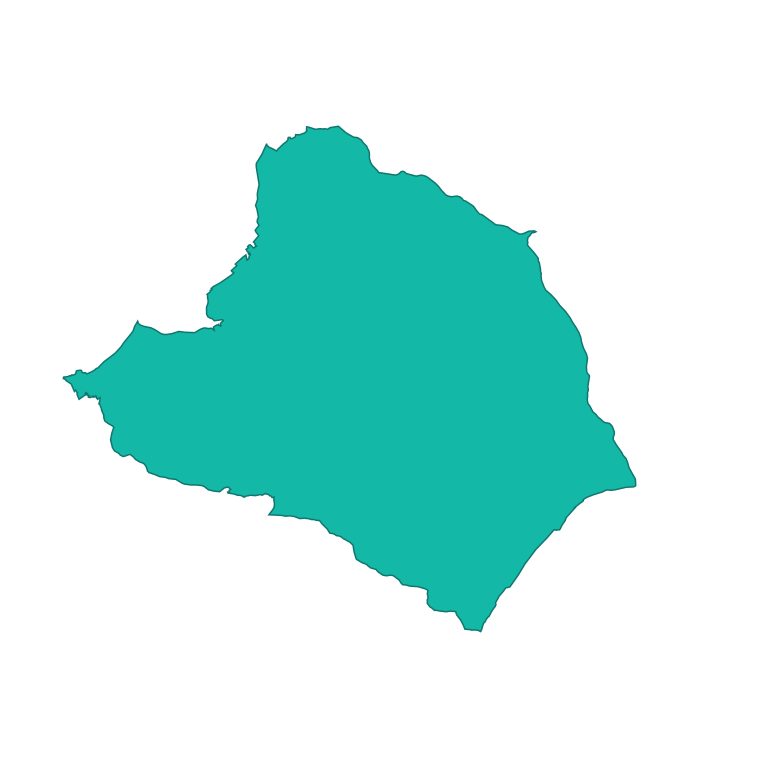 the district of Bustuchin, Gorj, Romania, rotated 306°
{"feature_id": "2599482B71517510314542", "entity_name": "Bustuchin", "entity_type": "district", "adm_level": 2, "iso_a3": "ROU", "parent_name": "Romania", "parent_adm1": "Gorj", "projection": "robinson", "projection_center": [23.713, 44.971], "detail": "fine", "context": "isolated", "style": "filled", "palette": "teal", "viewbox_px": 768, "rotation_deg": 306, "n_neighbors": 0, "source": "geoboundaries", "source_scale": "gbopen_adm2", "svg_char_len": 6171}
<svg xmlns="http://www.w3.org/2000/svg" viewBox="0 0 768 768"><g transform="rotate(306 384 384)"><path d="M596.5,417.4L596.3,415.7L592.8,411.4L588.0,408.6L585.9,406.9L584.9,405.4L583.7,396.8L583.8,392.0L582.0,387.0L578.5,380.8L578.6,363.7L577.8,361.9L577.7,360.9L578.6,357.2L580.4,351.9L580.0,342.7L579.2,340.4L580.0,337.8L580.0,335.4L578.9,332.5L575.0,328.4L573.9,325.8L573.3,323.2L574.4,316.9L575.9,311.7L576.6,307.7L576.9,298.3L576.6,295.6L575.5,292.5L574.7,291.2L571.1,287.9L567.4,278.5L567.6,275.4L567.2,274.3L566.0,273.1L562.3,272.4L559.8,270.6L551.9,255.3L552.5,254.2L554.1,245.7L555.3,243.1L557.9,239.6L562.3,236.4L564.1,234.1L564.8,232.3L566.2,230.2L567.1,224.7L568.1,222.4L567.8,217.9L565.8,214.2L564.9,205.6L565.7,195.6L559.7,189.7L556.9,188.6L555.6,185.9L554.2,184.5L553.2,182.5L549.7,178.8L547.6,172.3L546.6,170.3L543.9,172.0L543.3,172.8L540.6,172.3L535.8,169.1L533.9,166.0L531.6,167.0L527.9,164.9L527.6,164.2L528.3,163.1L527.3,161.7L526.2,161.9L525.3,162.8L522.3,162.5L519.0,161.5L512.0,160.2L509.3,160.1L508.9,156.0L508.0,151.9L508.2,149.4L508.4,148.5L509.0,148.3L508.9,148.0L497.6,150.3L487.9,151.0L486.6,151.5L484.4,153.2L472.0,165.7L463.4,169.7L459.1,173.2L452.9,175.2L450.9,178.3L445.2,184.4L442.7,184.9L440.4,186.2L438.9,189.6L432.7,189.4L431.7,191.1L430.4,195.5L422.2,194.9L421.8,197.1L420.9,197.7L420.6,199.8L419.7,199.2L417.5,198.8L418.0,193.9L417.1,193.2L415.1,192.9L414.6,194.1L411.8,193.3L411.7,194.1L410.7,195.5L411.1,197.4L409.9,197.4L409.5,198.3L410.7,199.2L409.8,199.9L408.3,199.7L406.2,200.9L403.8,200.4L407.2,196.4L403.8,195.3L393.6,193.2L393.2,195.4L386.0,193.8L385.5,195.2L385.8,196.3L385.6,197.2L381.7,196.3L369.2,191.9L362.6,188.7L359.9,188.1L360.0,188.7L359.3,189.4L357.6,188.3L356.6,189.4L352.5,188.1L352.3,188.9L349.3,191.2L348.7,192.3L345.9,194.1L341.6,195.4L336.3,199.4L334.9,201.9L335.2,205.1L335.9,206.4L335.4,209.6L340.8,215.1L341.1,216.4L341.0,216.7L336.9,216.0L335.6,216.7L335.2,217.2L335.6,217.8L335.0,217.9L334.6,217.7L334.7,216.6L334.2,215.6L334.6,215.0L334.1,215.0L333.5,214.1L330.4,212.7L329.7,212.6L327.7,215.0L327.7,211.7L325.4,209.0L324.6,207.0L323.3,205.2L320.2,203.2L314.4,200.8L309.1,193.0L305.9,187.1L299.9,182.7L296.1,178.8L294.8,176.9L293.7,174.2L293.3,166.9L292.5,162.5L289.3,155.4L288.5,152.5L288.6,149.7L290.0,147.8L283.7,148.5L279.6,149.8L278.0,149.9L263.7,149.2L259.6,149.4L250.8,148.4L237.6,144.4L228.8,143.1L227.4,142.1L225.5,141.8L221.8,140.2L217.6,137.7L217.6,135.7L216.0,133.9L216.2,132.6L217.0,131.4L216.9,130.5L214.2,127.6L213.0,127.6L211.2,128.6L210.2,128.3L208.4,127.3L207.9,126.1L206.8,126.1L206.0,125.0L203.9,123.6L201.2,120.7L199.9,121.4L200.4,122.2L199.9,125.2L200.1,131.1L196.0,137.9L197.9,138.2L196.7,140.5L196.7,141.2L195.2,141.7L192.4,146.3L199.5,148.7L200.1,148.1L200.8,148.4L201.5,147.8L202.0,148.0L201.6,149.0L201.9,149.7L200.4,149.9L201.1,151.5L200.0,152.2L200.7,152.7L199.7,152.8L199.7,153.3L200.8,154.6L203.0,155.5L203.3,156.0L202.5,156.5L203.7,157.9L205.0,157.8L204.7,159.1L203.5,159.9L203.6,160.8L203.3,161.3L206.0,162.3L203.8,163.8L202.0,164.3L201.6,164.9L200.4,164.9L200.0,166.8L198.3,169.4L196.8,171.0L194.1,175.5L191.6,177.6L190.0,180.0L189.9,184.1L190.5,188.9L190.2,190.8L184.3,192.7L178.1,195.6L173.2,201.4L171.9,204.0L171.5,205.4L172.0,209.9L171.5,212.4L171.9,215.3L172.8,216.4L177.1,219.3L177.8,220.1L177.8,221.2L177.7,224.1L176.9,227.1L177.4,232.7L178.1,234.5L178.4,237.0L177.4,240.0L175.9,242.4L174.7,243.5L174.2,245.9L176.4,253.1L177.1,256.7L180.0,262.0L180.9,265.4L184.5,271.7L185.1,278.9L185.7,281.3L189.0,287.4L192.4,292.1L194.9,296.6L195.4,298.9L195.2,304.2L197.4,309.4L200.2,314.3L206.1,315.9L209.1,318.4L208.7,321.9L206.9,321.2L205.9,322.3L205.1,321.9L204.7,321.1L204.1,321.9L206.9,327.4L207.8,330.6L209.4,333.2L210.0,334.8L209.9,336.0L210.4,336.4L210.2,337.4L212.7,338.6L213.9,340.0L215.3,341.0L218.2,345.7L221.4,348.5L222.1,349.5L222.4,350.8L225.6,352.3L225.7,353.3L226.7,355.1L226.4,357.3L227.0,358.5L226.3,360.3L227.9,361.4L225.2,363.2L223.1,365.5L219.9,367.5L217.0,367.9L210.5,367.7L217.5,378.3L219.2,382.1L221.9,385.1L224.2,389.6L225.6,394.9L228.5,398.4L230.8,402.3L231.8,405.2L233.0,406.7L234.1,409.7L235.5,411.8L235.3,413.7L234.6,415.3L233.3,423.4L231.5,427.7L233.2,431.3L233.5,435.0L234.5,436.5L235.2,439.3L235.0,442.2L236.0,449.3L235.5,453.0L234.9,454.4L233.5,455.5L230.4,458.8L226.3,464.1L226.0,465.0L226.5,471.1L227.8,475.8L227.4,478.3L227.5,481.7L229.3,486.4L228.5,489.6L228.7,495.4L230.2,498.6L233.5,502.0L234.4,504.2L234.3,511.6L232.9,515.1L232.6,517.1L234.2,519.6L235.6,523.5L240.1,530.8L242.7,538.2L242.8,540.5L242.1,541.3L240.0,542.2L236.9,545.4L234.8,545.9L231.9,548.1L230.7,552.3L230.9,554.0L230.5,557.9L231.6,559.2L233.4,563.1L236.1,567.9L239.5,571.5L242.0,575.8L240.0,578.4L238.2,584.4L235.7,589.6L233.2,593.6L236.1,598.4L236.3,599.4L238.1,601.6L240.0,604.7L240.5,607.7L242.1,607.5L248.7,605.2L251.4,605.6L253.0,605.1L256.5,605.1L257.6,605.6L264.3,604.6L269.1,604.7L270.9,604.4L273.0,602.7L278.2,602.2L279.2,601.8L286.9,602.4L290.6,602.3L293.7,605.1L308.3,604.9L321.2,603.8L339.2,604.1L355.1,606.3L366.3,607.3L366.9,609.4L368.2,610.2L368.9,611.5L369.8,611.8L375.0,610.9L379.3,610.9L382.4,610.2L382.4,609.9L396.8,611.4L396.5,610.9L406.0,613.7L406.8,613.9L407.4,613.1L411.2,614.5L417.2,618.3L425.1,624.2L427.8,625.5L429.9,627.3L431.2,629.8L434.0,632.9L442.9,640.7L447.4,646.3L449.1,647.3L450.0,647.2L454.8,643.3L460.2,631.6L463.8,627.0L465.9,623.7L466.9,619.2L468.3,616.6L471.3,607.8L473.6,602.4L475.3,601.0L479.1,599.6L480.6,598.5L483.4,594.4L484.2,592.5L484.7,589.6L482.9,586.0L482.4,583.6L482.9,579.8L482.9,576.9L484.0,573.3L484.2,569.5L487.0,563.8L488.2,560.3L491.0,557.4L493.4,556.2L496.6,553.7L499.2,552.9L501.9,550.3L511.0,545.7L511.7,544.7L512.2,542.1L512.8,541.1L516.9,537.6L524.3,533.6L527.1,530.3L530.4,524.1L534.3,518.9L537.4,515.7L540.1,511.6L542.6,506.1L544.8,500.1L546.8,496.0L549.3,488.4L550.9,479.9L553.0,473.9L554.4,466.6L555.0,459.8L556.3,456.9L560.3,450.6L563.9,447.4L566.0,446.1L566.8,444.7L568.9,443.1L573.4,438.4L574.5,436.3L576.3,434.9L578.4,428.4L580.2,420.0L580.9,418.2L582.9,417.3L584.2,415.8L587.2,414.3L589.5,414.8L593.2,414.7L595.0,416.6L596.5,417.4Z" fill="#14b8a6" stroke="#0f766e" stroke-width="1.5"/></g></svg>